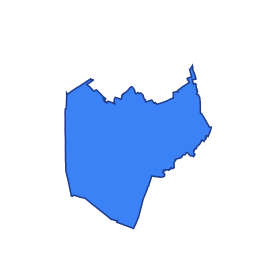 outline of My Tu, Sóc Trăng, Vietnam, rotated 305°
{"feature_id": "81297802B88406709239333", "entity_name": "My Tu", "entity_type": "district", "adm_level": 2, "iso_a3": "VNM", "parent_name": "Vietnam", "parent_adm1": "Sóc Trăng", "projection": "robinson", "projection_center": [105.834, 9.623], "detail": "fine", "context": "isolated", "style": "filled", "palette": "blue", "viewbox_px": 256, "rotation_deg": 305, "n_neighbors": 0, "source": "geoboundaries", "source_scale": "gbopen_adm2", "svg_char_len": 5746}
<svg xmlns="http://www.w3.org/2000/svg" viewBox="0 0 256 256"><g transform="rotate(305 128 128)"><path d="M121.6,57.5L118.7,59.6L116.6,61.0L114.2,62.5L110.1,65.2L108.8,66.2L107.6,65.7L103.9,68.1L101.1,70.1L100.1,70.9L90.5,77.5L89.4,78.4L87.1,80.0L84.3,82.2L81.3,84.3L80.0,85.3L76.0,88.0L69.2,92.9L66.3,94.9L65.3,95.6L64.7,96.1L63.5,97.1L59.6,100.0L57.2,101.8L56.7,102.3L50.4,109.4L39.8,120.6L40.1,121.5L40.4,121.6L42.2,122.4L42.2,123.0L42.5,124.0L43.5,126.8L43.5,127.5L45.8,132.9L45.7,135.8L45.1,141.5L44.9,147.1L44.7,148.8L44.5,152.7L44.3,156.2L44.1,158.5L44.1,159.9L43.9,161.8L43.8,163.8L43.5,166.8L43.9,167.2L44.1,167.5L44.2,167.8L44.3,168.7L44.4,169.0L44.7,169.4L44.6,169.8L44.7,170.2L44.9,170.7L45.3,171.2L45.7,171.6L46.0,171.8L46.0,172.4L44.4,172.9L48.9,190.1L53.0,189.5L61.2,187.7L78.5,181.2L87.6,179.1L89.6,178.6L89.9,178.3L90.2,178.1L90.5,178.0L91.6,178.2L92.3,178.1L94.5,177.4L102.3,175.0L102.5,175.1L103.7,178.0L104.0,178.5L104.3,178.6L104.6,179.5L105.0,180.3L105.3,180.8L105.8,181.2L105.9,181.5L105.8,182.0L105.9,182.3L106.0,182.4L106.6,183.1L106.9,183.6L107.7,184.3L108.0,184.8L108.9,185.0L109.0,185.1L109.2,185.4L109.6,185.1L110.0,185.1L110.3,185.0L110.8,185.0L110.9,184.9L111.1,184.7L111.3,184.4L111.6,183.6L111.7,183.3L111.6,182.6L111.6,182.2L111.7,181.8L111.9,181.8L112.0,181.9L112.1,182.1L112.3,182.1L113.1,182.1L113.4,181.9L113.5,181.7L113.7,181.4L113.9,181.3L114.0,181.4L114.1,181.8L114.2,182.4L114.3,182.8L114.5,183.0L114.6,182.9L114.7,182.5L114.8,182.4L115.0,182.4L115.2,182.5L115.4,182.8L115.8,183.5L116.4,184.2L116.6,185.0L116.6,185.4L116.7,185.6L116.9,185.8L117.2,185.9L117.8,185.7L118.0,185.8L118.4,186.0L118.7,186.4L119.0,186.5L119.3,186.5L119.6,186.3L119.9,186.0L120.0,186.0L120.1,186.4L120.1,187.2L120.2,187.5L120.5,187.8L120.6,188.1L121.1,187.9L121.4,188.3L122.0,188.5L122.2,188.3L122.4,188.2L122.7,188.1L123.3,187.6L124.1,186.8L124.3,186.7L124.8,186.6L125.4,186.0L125.7,185.8L126.9,185.5L127.4,185.5L127.9,185.3L128.2,185.4L128.6,185.6L128.8,185.6L129.1,185.4L129.4,184.8L129.9,185.2L130.6,185.7L131.4,186.3L133.1,187.8L133.6,188.2L134.2,188.5L135.0,188.7L135.3,188.7L136.4,188.4L136.8,188.3L137.1,188.4L137.3,188.4L137.7,188.7L138.6,189.9L138.9,190.1L139.1,190.2L139.4,190.2L139.8,190.2L140.2,190.0L140.7,189.8L141.0,189.8L141.5,190.1L141.6,190.4L141.7,191.1L141.7,191.5L141.6,191.9L141.1,194.3L141.0,194.9L141.1,195.2L141.2,195.4L141.7,196.2L141.9,196.6L142.1,197.4L142.2,198.2L144.0,198.0L144.2,197.8L144.4,197.9L144.6,198.1L144.9,197.8L145.1,197.2L145.2,196.7L145.3,196.3L145.3,196.1L145.3,195.8L145.2,195.6L145.6,195.9L145.8,195.6L145.9,195.4L146.7,195.1L146.9,195.1L147.0,195.2L147.2,194.9L147.4,195.0L147.6,194.7L147.7,194.8L147.9,194.8L148.1,194.9L148.4,194.8L148.9,195.0L149.2,194.9L149.6,195.2L150.0,195.3L150.3,195.7L150.7,195.3L150.8,195.4L151.1,195.6L151.6,195.2L152.2,195.2L153.1,195.3L153.9,195.6L154.7,195.6L154.9,195.7L155.1,195.9L155.4,196.0L155.7,196.0L156.2,195.9L157.6,195.9L158.2,195.9L159.5,195.6L160.3,195.2L160.5,196.3L160.7,198.0L162.5,197.6L162.8,197.9L163.7,197.7L163.9,198.0L165.0,197.6L164.8,196.9L166.5,196.3L166.9,198.5L169.3,197.9L172.4,197.3L176.5,195.7L175.8,194.8L175.4,194.2L175.7,193.6L176.3,192.5L176.7,191.5L177.2,190.5L177.7,189.4L178.3,188.1L180.1,184.3L181.6,180.9L181.8,180.4L181.9,179.8L181.6,179.0L182.9,177.9L185.7,175.9L190.7,172.2L190.9,172.1L191.5,171.6L191.7,171.4L191.8,171.2L192.0,171.0L192.7,170.4L193.5,169.9L193.7,169.7L194.5,168.7L194.4,168.2L194.7,167.8L195.2,167.4L195.4,167.1L195.4,166.4L195.6,166.1L195.6,165.9L195.5,165.7L195.2,165.3L194.9,164.7L196.1,164.5L197.2,164.2L197.9,164.1L198.3,163.0L198.3,162.9L198.1,162.8L198.4,162.2L199.1,162.5L199.4,162.2L199.7,161.6L200.1,161.1L200.8,160.2L201.6,159.5L203.0,158.5L203.1,157.7L202.9,157.5L202.3,157.0L201.6,156.8L201.4,156.6L204.5,152.9L205.4,154.0L206.4,155.0L207.2,155.6L207.9,154.7L209.1,153.3L210.9,150.8L211.5,150.0L212.5,148.0L212.8,147.7L213.1,147.4L213.6,147.3L214.0,147.0L216.2,144.9L211.3,145.2L211.2,145.0L209.8,146.6L206.2,150.9L204.3,149.1L202.5,148.0L202.2,148.4L201.4,149.9L200.7,151.9L200.7,152.0L199.2,151.6L195.6,150.2L194.3,149.6L191.5,148.4L190.8,148.4L190.4,148.4L189.8,148.1L188.7,147.7L188.1,147.4L187.9,147.4L187.7,147.5L187.4,147.8L186.8,148.1L186.5,148.2L186.2,148.1L186.2,147.3L185.9,147.4L185.4,146.7L183.0,144.6L182.6,144.9L182.2,145.4L179.7,147.0L178.3,147.9L177.3,146.9L176.9,146.6L172.1,144.1L166.7,140.3L165.8,139.5L164.1,138.2L164.4,136.4L164.5,135.7L163.2,135.2L164.6,131.4L159.5,127.7L159.7,127.3L161.0,126.3L161.1,126.0L161.0,125.5L161.0,125.0L161.1,124.7L161.4,124.3L161.5,124.1L161.8,123.9L161.9,123.2L162.0,123.1L162.2,122.8L162.4,122.5L162.9,122.0L163.1,122.1L163.5,121.5L163.7,120.9L163.9,119.6L164.0,118.3L163.4,118.2L163.2,118.1L163.0,117.4L162.9,116.7L162.5,116.3L162.7,115.8L161.0,115.0L160.6,115.0L160.7,114.5L160.8,114.1L161.1,113.4L161.3,113.2L162.0,112.7L163.0,111.2L163.6,109.6L163.9,108.8L164.0,108.1L163.9,107.3L163.5,107.2L162.9,106.6L161.4,106.5L158.1,106.2L155.0,105.4L154.8,105.3L154.4,105.0L153.6,104.4L153.5,105.0L151.3,104.3L151.3,104.6L150.3,104.9L149.1,105.3L147.7,105.9L145.8,100.0L145.5,100.1L144.6,100.0L144.2,100.2L141.5,101.5L141.3,101.5L141.1,101.8L140.9,102.5L140.7,102.8L140.2,103.4L140.1,103.2L139.9,102.5L139.6,100.3L139.2,98.6L138.8,97.1L138.7,96.6L138.4,96.1L137.7,96.1L136.2,96.2L136.4,95.6L136.7,95.2L136.7,94.7L136.8,94.1L136.7,94.0L136.5,93.8L136.1,93.6L136.7,92.9L137.5,91.3L137.6,91.8L138.3,93.1L139.2,93.0L139.3,91.7L139.3,90.3L140.2,85.8L140.4,84.4L141.1,80.7L141.1,80.1L138.5,79.0L139.2,76.0L139.9,72.2L139.9,69.3L142.2,70.2L142.9,70.5L147.0,72.0L147.3,72.1L147.5,71.8L147.5,71.6L146.2,69.8L146.8,69.2L134.4,64.3L132.3,63.3L125.0,60.4L121.0,59.1L121.6,57.5Z" fill="#3b82f6" stroke="#1e3a8a" stroke-width="1.5"/></g></svg>